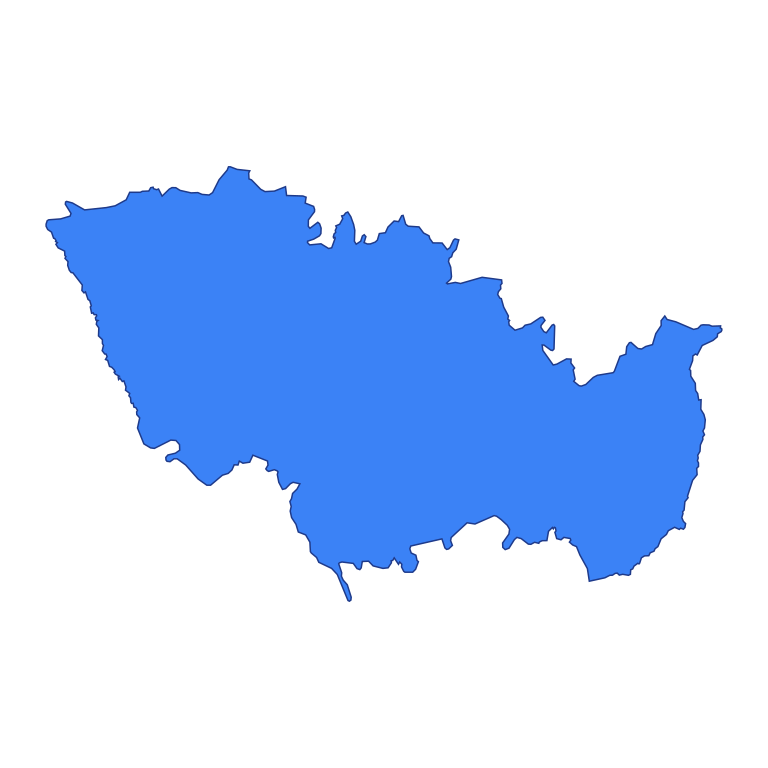 Feshi, Bandundu, Democratic Republic of the Congo (orthographic projection)
{"feature_id": "63176286B93121803325272", "entity_name": "Feshi", "entity_type": "district", "adm_level": 2, "iso_a3": "COD", "parent_name": "Democratic Republic of the Congo", "parent_adm1": "Bandundu", "projection": "orthographic", "projection_center": [18.318, -6.306], "detail": "fine", "context": "isolated", "style": "filled", "palette": "blue", "viewbox_px": 768, "rotation_deg": 0, "n_neighbors": 0, "source": "geoboundaries", "source_scale": "gbopen_adm2", "svg_char_len": 6082}
<svg xmlns="http://www.w3.org/2000/svg" viewBox="0 0 768 768"><path d="M458.8,239.9L455.0,238.9L453.5,240.1L449.9,247.7L447.2,249.6L442.1,243.0L432.9,242.9L429.8,238.6L429.0,235.8L423.6,233.0L419.0,226.9L408.2,226.2L405.7,224.2L403.1,215.4L401.7,215.7L398.6,221.6L394.1,221.0L388.0,227.0L385.4,232.7L379.3,233.6L377.4,240.1L375.2,242.1L370.4,243.9L367.4,244.0L364.1,242.6L365.9,236.6L364.2,234.7L362.4,236.0L360.7,241.2L356.2,244.2L354.4,241.3L354.8,230.3L353.6,224.4L350.8,216.7L347.8,212.0L345.6,213.0L343.8,215.4L341.7,215.9L342.7,218.7L339.7,224.2L335.8,225.9L336.6,227.6L335.3,230.3L335.7,232.4L334.1,233.9L333.3,236.8L333.6,237.9L334.9,237.3L335.2,238.1L331.7,247.8L328.6,248.5L321.0,243.8L309.7,244.9L307.5,242.6L307.6,241.2L313.8,239.1L319.5,235.8L320.9,233.6L321.1,228.1L319.6,223.8L317.8,222.3L309.9,228.3L308.3,226.3L308.4,219.9L314.5,211.7L314.6,209.4L313.6,206.4L305.2,203.1L306.1,197.2L302.9,196.0L286.6,195.5L285.5,186.7L274.4,191.1L265.0,191.6L260.7,189.3L251.5,179.9L249.0,178.9L248.7,173.0L249.8,170.8L237.1,169.4L230.3,166.8L228.5,166.8L227.2,170.1L219.1,179.7L212.6,192.6L209.1,195.0L202.1,194.4L197.8,192.6L191.2,192.9L180.1,190.4L175.8,187.7L172.0,187.6L169.3,189.1L162.1,196.1L158.5,189.0L156.6,189.7L153.6,188.7L153.1,187.2L150.7,187.7L148.8,191.0L142.3,191.3L140.3,192.3L129.7,192.3L126.2,199.8L115.2,205.8L106.3,207.6L84.6,209.9L72.5,203.0L66.6,201.4L65.6,202.0L65.3,204.2L71.0,213.4L70.1,216.1L60.6,218.9L48.7,219.8L47.2,220.7L46.1,224.1L46.1,226.3L47.7,229.5L51.5,232.1L53.6,238.2L54.7,238.5L56.1,240.7L55.6,241.5L57.4,242.6L55.9,244.3L58.2,247.9L64.6,251.1L64.9,255.6L65.9,256.5L65.0,258.4L68.0,261.6L67.7,265.4L69.3,270.2L71.1,272.5L72.9,272.8L82.3,285.0L81.9,290.5L84.0,292.9L85.5,291.9L88.0,299.4L89.8,300.7L91.3,305.8L90.3,306.9L91.6,313.2L93.2,312.9L94.1,314.6L96.4,314.7L96.7,315.9L95.4,317.8L95.9,320.1L98.0,320.5L96.8,321.5L96.3,324.3L98.8,327.9L98.5,335.9L102.4,339.7L102.4,343.5L103.5,345.4L102.2,350.7L104.7,354.0L106.1,354.1L107.1,356.6L105.5,359.5L107.7,360.4L109.5,366.4L111.7,367.2L114.1,369.7L115.1,371.6L114.1,372.2L115.4,374.1L119.2,376.2L118.2,376.9L118.6,379.5L119.9,378.2L122.3,381.5L123.9,380.9L126.0,386.9L125.5,390.2L129.7,393.4L128.9,395.8L130.5,397.7L130.9,402.3L131.6,403.4L133.2,403.3L133.9,407.1L135.8,407.6L137.5,410.3L136.6,411.9L136.8,414.6L139.7,417.9L137.5,428.0L143.9,443.9L150.6,447.9L154.4,448.4L170.8,440.1L176.0,440.5L179.5,444.6L179.7,450.2L175.4,453.2L167.9,455.0L165.8,457.4L166.0,460.0L167.0,461.3L170.0,461.7L174.0,458.8L177.2,458.8L185.7,465.0L198.1,479.0L206.8,485.2L210.6,485.2L222.4,475.2L228.2,473.4L231.9,470.0L234.2,464.8L238.0,465.0L239.3,461.1L242.9,463.2L249.7,462.2L252.9,455.2L267.5,461.0L268.0,465.1L265.8,468.9L267.2,470.6L268.7,471.4L274.3,469.7L277.1,470.8L278.0,471.9L277.3,474.5L278.8,482.3L282.5,489.4L285.6,488.6L290.4,483.7L293.1,482.3L299.9,483.8L297.0,489.1L292.6,493.4L291.5,498.7L289.9,501.5L291.2,506.5L290.2,511.1L291.6,517.6L296.0,524.3L298.3,532.0L305.7,534.9L309.9,542.2L310.4,551.6L311.3,553.0L316.6,557.5L318.8,562.3L331.6,568.4L337.3,574.5L348.0,600.5L349.4,601.2L350.9,600.1L351.2,597.2L347.3,584.8L343.2,580.1L341.4,576.2L341.7,572.8L338.7,563.7L339.4,562.8L341.9,562.0L353.3,563.4L357.0,568.6L359.8,569.6L361.2,567.9L362.3,561.5L368.6,561.2L373.1,565.9L382.9,568.4L388.1,567.8L391.4,562.8L391.2,560.7L392.7,560.5L394.2,557.9L398.5,564.3L399.7,562.0L401.8,564.2L401.5,566.9L403.7,571.3L404.9,572.2L412.7,572.2L415.6,569.3L418.4,561.7L417.0,560.4L415.9,555.2L411.2,553.0L409.8,548.8L410.8,546.0L441.9,538.9L444.9,547.9L446.6,549.4L448.7,548.9L452.4,545.4L450.6,540.6L451.2,537.5L467.1,522.8L475.0,524.0L494.1,515.6L496.6,516.2L501.3,519.7L507.3,525.3L509.6,529.3L508.9,534.1L502.6,543.0L502.8,547.4L505.2,549.6L509.0,548.2L514.4,539.6L516.9,537.4L521.2,538.6L528.3,544.1L530.9,544.3L534.6,542.3L538.8,543.3L539.4,542.0L542.1,540.7L546.9,540.6L548.5,531.3L552.4,527.5L553.3,528.9L554.3,527.3L555.4,527.8L556.0,530.9L554.9,532.3L556.7,538.6L561.0,539.8L563.9,537.4L570.2,538.5L570.8,540.1L569.4,542.1L572.7,545.0L576.5,546.6L579.9,555.0L587.4,568.6L589.3,581.2L604.9,577.8L609.8,575.3L612.5,575.2L615.1,573.4L617.2,573.1L619.3,575.1L622.7,574.3L628.5,575.3L630.4,574.3L630.7,569.8L632.7,568.9L634.0,566.1L637.8,563.3L639.0,563.9L639.7,563.1L641.4,557.8L644.5,555.9L648.8,555.7L650.2,552.8L654.0,551.2L655.1,548.7L657.9,546.6L661.1,538.8L666.4,534.5L668.3,530.7L674.6,527.3L679.3,529.4L680.6,528.2L683.4,529.2L684.9,527.5L685.6,523.6L683.4,521.4L681.8,517.6L683.0,513.6L682.6,511.8L684.1,510.1L684.9,501.7L688.1,497.7L687.5,496.2L692.6,480.3L697.1,474.7L696.7,468.3L698.5,466.5L698.5,462.9L697.4,460.8L698.2,458.0L697.7,455.3L700.0,451.3L700.4,444.9L702.9,439.4L702.7,437.0L704.5,434.8L702.9,431.0L704.5,428.0L705.3,419.8L703.9,414.4L700.8,409.3L701.1,399.7L698.7,400.0L697.7,393.6L695.6,390.5L695.3,383.3L690.8,376.2L690.6,370.5L689.4,369.3L692.6,360.7L692.9,355.9L695.5,354.0L697.2,355.0L702.2,345.5L713.0,340.4L717.3,336.8L717.6,333.8L721.2,331.6L721.9,330.0L721.7,328.7L720.3,327.9L720.6,325.9L712.0,326.2L709.1,325.0L703.1,324.8L701.0,325.2L697.9,328.4L693.6,329.4L675.8,321.8L667.1,319.5L664.8,316.0L661.1,320.7L661.2,325.5L655.8,333.6L652.5,344.6L645.7,346.5L641.6,349.0L637.9,348.5L631.0,342.4L629.4,342.7L626.7,346.7L625.9,354.2L620.0,356.3L614.3,371.4L613.1,372.7L597.3,375.3L593.3,377.4L585.8,384.5L581.3,386.1L579.1,385.7L573.7,381.3L575.1,379.2L573.2,369.9L574.6,368.0L570.9,363.0L571.1,359.1L566.5,358.9L556.9,364.1L553.2,365.0L542.8,350.4L542.2,345.0L544.0,345.1L550.9,350.2L552.6,350.5L554.0,349.0L554.7,325.9L553.7,324.5L552.1,325.1L546.3,332.8L543.8,331.6L540.9,327.3L541.1,325.4L545.0,320.4L542.8,317.2L540.6,317.4L530.8,323.9L525.1,325.2L522.5,327.9L515.0,330.2L509.2,325.2L508.7,321.8L509.6,320.5L507.8,319.0L508.4,316.0L503.7,307.1L501.3,298.6L499.9,298.2L497.7,294.5L498.4,291.7L500.8,288.8L500.5,285.1L502.0,283.4L501.6,279.9L482.1,277.3L460.5,283.5L455.3,282.4L447.4,283.9L446.5,283.1L450.8,279.2L451.5,276.6L450.7,267.2L448.5,261.6L449.2,258.3L451.6,256.7L452.8,252.8L456.2,249.2L458.8,239.9Z" fill="#3b82f6" stroke="#1e3a8a" stroke-width="1.5"/></svg>